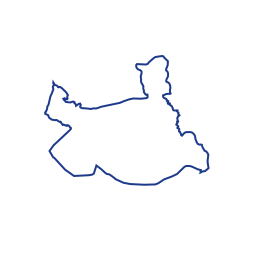 an SVG outline of Sala ad-Din, rotated 317°
{"feature_id": "IRQ-3052", "entity_name": "Sala ad-Din", "entity_type": "Province", "adm_level": 1, "iso_a3": "IRQ", "parent_name": "Iraq", "parent_adm1": "", "projection": "orthographic", "projection_center": [43.888, 34.578], "detail": "fine", "context": "isolated", "style": "outline", "palette": "blue", "viewbox_px": 256, "rotation_deg": 317, "n_neighbors": 0, "source": "natural_earth", "source_scale": "10m", "svg_char_len": 5544}
<svg xmlns="http://www.w3.org/2000/svg" viewBox="0 0 256 256"><g transform="rotate(317 128 128)"><path d="M178.2,87.4L184.3,93.7L185.3,94.2L186.6,94.6L187.7,94.2L194.3,94.4L196.5,94.8L201.8,98.4L202.5,99.3L202.7,99.6L202.7,99.9L202.7,100.2L202.5,101.2L202.7,106.4L199.9,109.1L197.9,110.1L196.3,110.8L195.6,111.3L195.2,111.9L195.2,112.4L195.3,112.9L195.3,113.5L195.1,114.3L194.3,115.7L193.1,116.9L192.3,117.6L191.5,117.9L189.8,118.5L188.6,119.2L188.0,119.7L187.7,120.2L187.7,120.6L187.9,121.1L188.1,121.5L188.4,122.0L188.6,122.8L188.5,123.9L187.6,126.0L186.8,127.0L186.0,127.9L185.0,128.5L184.0,129.4L183.3,130.3L182.9,131.0L182.6,131.9L182.4,131.9L182.1,131.7L179.9,129.7L179.2,129.3L178.7,129.0L177.7,128.8L176.5,128.3L176.0,128.0L175.7,128.2L175.0,129.1L174.9,129.5L174.9,129.8L174.8,130.5L175.8,132.8L175.7,133.3L175.6,133.8L174.9,134.5L175.0,134.7L175.3,134.8L175.5,135.1L175.8,135.7L175.7,135.9L175.5,136.1L174.9,136.3L174.7,136.3L174.4,136.4L174.2,136.6L173.9,137.1L173.8,137.4L173.9,137.5L174.0,137.4L174.3,137.3L174.5,137.4L174.5,137.5L174.3,137.8L174.1,138.1L174.1,138.3L174.4,138.5L174.6,138.4L175.0,138.2L175.3,138.3L175.3,138.5L175.2,138.8L175.0,139.5L174.8,139.7L174.4,140.1L174.5,140.4L174.6,140.8L174.9,141.5L174.8,142.1L174.4,143.5L173.8,144.8L173.4,145.5L173.4,145.9L173.5,146.3L173.9,146.8L174.4,147.4L174.9,147.8L175.3,148.0L176.1,148.9L175.2,149.4L175.4,150.9L175.4,151.2L175.1,151.4L174.8,151.5L174.4,151.8L174.3,152.2L174.3,153.6L174.2,153.9L173.8,153.8L173.5,153.4L173.3,153.4L173.0,153.5L172.8,153.7L172.6,153.8L172.4,153.9L171.7,153.9L171.1,154.1L170.9,154.3L169.6,156.1L169.4,156.7L169.2,157.3L169.1,157.5L168.9,157.6L168.7,157.6L168.6,157.4L168.7,157.1L168.7,156.9L168.6,156.7L168.3,156.8L168.0,157.0L167.8,157.4L167.6,157.9L167.4,158.1L167.1,158.2L166.4,158.2L165.8,158.3L165.6,158.5L165.7,158.9L165.9,159.1L165.9,160.9L165.9,161.1L165.7,161.2L165.0,161.2L164.5,161.3L164.3,161.5L164.1,161.8L164.2,162.1L164.7,162.8L164.8,163.1L164.8,163.4L164.6,163.9L164.4,164.1L163.1,165.0L163.0,165.3L163.3,165.8L163.4,166.1L162.9,167.4L162.8,168.3L162.1,169.3L162.1,169.6L162.1,170.2L162.3,170.4L162.6,170.5L163.0,170.4L163.5,170.3L165.2,170.1L166.8,170.3L167.7,170.7L170.6,173.3L171.3,174.2L171.8,175.3L172.0,176.7L171.9,178.1L171.6,179.4L169.5,182.7L168.4,185.8L168.3,186.5L168.2,187.2L168.4,187.9L168.7,188.5L169.1,189.0L170.4,190.2L170.5,190.5L170.5,190.9L169.7,192.2L169.4,192.8L168.5,196.8L169.2,198.4L169.1,200.3L168.6,202.2L166.2,204.3L165.1,205.1L163.7,206.5L162.7,207.6L159.5,212.3L155.0,212.1L152.9,210.6L150.6,210.0L152.6,208.4L152.0,207.7L150.7,205.4L148.7,200.5L147.6,198.4L146.7,197.4L144.5,195.4L142.7,194.9L132.4,195.1L126.8,193.3L119.3,190.2L112.7,189.1L109.5,187.9L101.1,180.5L91.4,170.5L87.3,164.9L84.1,157.1L83.6,153.2L82.7,149.2L81.1,147.0L80.7,144.8L80.4,140.2L79.3,133.9L72.0,138.0L70.1,137.7L67.5,136.1L55.8,126.3L53.6,115.6L53.7,99.5L53.3,98.4L54.9,91.3L61.8,89.9L83.3,89.9L85.6,89.7L86.2,89.2L86.3,88.8L86.2,88.4L86.0,88.1L86.0,87.9L86.3,87.1L86.3,86.7L86.2,86.0L86.1,85.8L86.1,85.6L85.9,84.9L85.6,84.9L85.3,84.8L85.0,84.8L84.8,84.8L84.7,84.7L84.8,84.4L84.8,84.2L84.6,84.1L84.4,84.0L84.4,83.7L84.1,83.6L83.9,83.3L83.8,82.9L83.4,82.1L83.2,81.5L82.9,81.4L82.7,81.4L82.4,81.3L82.4,81.1L82.4,80.6L82.6,79.4L82.6,78.9L82.7,78.4L82.9,77.8L83.0,77.5L82.9,77.3L82.7,77.3L82.4,77.3L82.3,77.1L81.6,75.2L81.6,74.6L81.5,74.1L81.2,73.6L81.0,73.2L80.0,72.5L79.6,72.0L77.9,69.8L77.8,69.4L77.8,68.4L77.5,67.9L77.4,67.4L77.4,66.9L77.5,65.9L77.6,65.7L77.9,65.3L78.2,64.7L78.3,64.2L78.2,63.7L77.6,62.3L77.1,61.4L77.2,61.2L77.5,61.0L77.7,60.6L77.8,60.3L78.0,60.1L78.4,60.1L78.7,60.1L78.8,60.1L79.0,60.0L79.2,59.9L79.3,60.0L79.5,59.9L81.2,59.2L82.0,58.7L83.4,57.5L84.0,57.2L84.5,57.0L85.5,56.9L92.8,52.0L96.7,50.4L97.9,49.6L99.0,49.3L99.9,48.6L100.8,47.0L101.3,46.5L102.1,46.2L102.9,46.1L103.5,45.8L103.9,44.2L104.5,43.7L104.1,45.7L103.9,46.0L103.7,46.4L103.8,46.7L103.9,46.9L104.2,47.3L104.5,47.7L104.8,48.4L105.0,49.3L104.9,49.9L104.7,50.4L104.8,50.7L104.9,50.9L105.2,51.0L105.5,51.0L105.8,51.2L106.2,51.6L106.6,52.5L106.8,53.6L107.1,59.4L107.0,60.0L107.0,60.5L106.7,61.5L106.6,62.4L106.6,62.8L106.4,63.0L105.8,63.2L104.7,63.8L103.7,65.4L103.2,65.5L102.8,65.3L102.5,64.8L102.4,64.5L102.4,64.1L102.2,63.7L102.1,63.3L101.9,63.0L101.6,62.9L100.7,62.5L100.3,63.6L100.6,64.3L100.6,64.7L100.4,65.2L100.3,65.9L100.4,66.6L100.7,67.0L101.0,67.2L101.1,67.4L101.4,67.9L102.9,69.6L103.6,70.2L105.3,70.9L106.1,71.5L106.5,72.5L106.4,72.7L106.3,72.8L106.1,72.8L105.8,73.0L105.7,73.4L105.8,73.7L106.0,74.0L106.0,74.3L105.8,75.4L105.6,75.8L105.2,76.3L108.3,76.8L109.6,77.4L109.3,78.8L108.8,79.2L108.1,79.4L107.5,79.8L107.3,80.6L107.5,81.2L108.0,82.1L108.6,83.0L109.1,83.3L113.0,87.7L113.8,88.8L115.4,89.6L116.5,90.4L117.1,91.2L118.4,92.2L123.1,94.3L139.1,104.0L143.3,105.6L148.5,107.9L152.1,110.1L157.2,115.2L161.8,118.7L162.4,118.9L163.3,118.9L164.7,117.2L165.0,116.8L164.9,116.7L164.3,116.6L164.1,116.5L164.0,116.4L163.9,116.2L164.0,115.9L164.0,115.7L163.8,115.2L163.7,114.9L163.9,114.1L164.0,113.7L164.0,113.0L164.0,112.7L164.2,112.4L165.0,111.7L165.3,111.3L165.5,110.9L165.7,110.1L166.7,108.8L167.4,108.4L167.6,108.1L167.7,107.9L167.7,107.7L167.8,107.5L168.0,107.1L168.1,106.8L168.0,106.6L168.1,106.4L168.1,106.2L168.3,105.7L168.5,105.3L168.5,105.1L168.5,104.9L168.5,104.7L168.6,104.0L169.6,102.5L170.9,101.2L172.2,99.3L172.6,98.8L173.4,98.3L174.3,97.9L175.9,96.6L176.5,95.7L176.5,94.6L175.3,91.8L175.3,90.7L175.5,89.4L176.0,88.6L176.6,87.9L177.0,87.6L177.4,87.4L178.2,87.4Z" fill="none" stroke="#1e3a8a" stroke-width="2"/></g></svg>